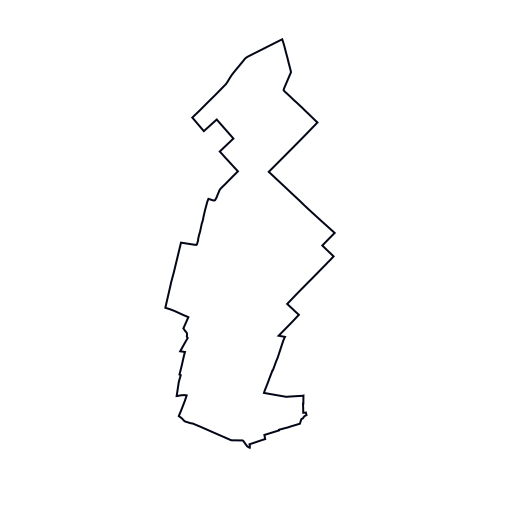 Mitreni, Calarasi, Romania, rotated 318°
{"feature_id": "2599482B76882873077957", "entity_name": "Mitreni", "entity_type": "district", "adm_level": 2, "iso_a3": "ROU", "parent_name": "Romania", "parent_adm1": "Calarasi", "projection": "natural_earth1", "projection_center": [26.636, 44.19], "detail": "fine", "context": "isolated", "style": "outline", "palette": "ink", "viewbox_px": 512, "rotation_deg": 318, "n_neighbors": 0, "source": "geoboundaries", "source_scale": "gbopen_adm2", "svg_char_len": 3308}
<svg xmlns="http://www.w3.org/2000/svg" viewBox="0 0 512 512"><g transform="rotate(318 256 256)"><path d="M188.3,405.7L187.4,405.1L186.7,404.5L186.2,404.1L189.2,400.7L192.1,397.2L192.4,397.4L197.8,391.5L197.5,391.4L187.0,383.0L184.6,381.2L184.1,380.7L176.4,370.9L170.3,363.1L171.5,362.4L172.9,361.6L174.6,360.8L178.6,358.8L182.3,356.9L183.4,356.3L191.8,352.0L192.0,352.2L192.7,351.9L200.6,347.7L203.4,346.4L204.2,346.0L210.8,342.2L215.5,339.5L219.2,337.4L220.8,336.6L221.5,336.3L222.8,335.7L223.4,335.5L219.5,330.4L238.4,329.2L248.5,328.4L247.9,322.1L247.8,320.2L247.4,316.3L247.1,312.5L260.6,311.5L265.1,311.2L277.3,310.5L284.6,310.1L297.1,309.3L300.6,309.1L304.0,308.9L304.5,308.8L307.2,308.7L309.9,308.5L313.4,308.2L312.6,297.4L312.3,292.6L321.1,292.0L329.9,291.5L329.2,284.8L328.0,273.7L326.4,257.5L325.8,250.5L325.6,247.3L325.4,244.0L324.5,234.2L323.7,224.1L322.7,212.6L321.8,202.0L356.9,200.1L373.4,199.1L391.0,197.9L390.7,194.1L390.2,186.7L389.7,180.0L389.5,176.1L389.3,174.3L389.0,170.7L388.8,168.5L388.5,166.0L388.1,160.2L387.7,155.9L387.4,153.3L387.4,152.0L387.5,151.2L388.9,150.3L394.9,147.5L398.6,145.8L400.5,144.9L404.9,142.9L405.0,142.8L405.2,142.5L405.3,142.3L405.5,141.9L405.8,141.5L407.4,138.4L409.3,134.7L412.3,129.1L414.1,125.5L417.8,118.4L419.5,114.7L420.5,112.5L411.8,110.1L404.4,108.1L388.3,103.7L383.4,102.4L381.7,102.1L381.1,102.0L380.0,102.0L371.0,103.4L364.1,104.4L360.5,105.0L359.0,105.3L357.0,105.8L350.7,107.7L348.9,108.1L348.1,108.2L346.2,108.3L333.3,109.1L328.7,109.3L324.1,109.5L311.3,110.2L301.3,110.5L301.1,117.2L300.9,124.0L300.8,128.3L318.1,128.3L317.8,153.6L299.0,154.1L299.0,162.4L299.2,181.0L292.4,181.3L285.8,181.7L281.2,182.0L277.6,182.1L274.5,182.3L273.9,182.4L273.4,182.5L269.3,184.4L265.4,186.3L263.3,187.0L263.0,187.1L262.5,187.0L262.0,186.7L261.7,186.4L261.0,185.4L258.9,181.7L255.7,183.3L253.2,185.0L249.0,187.7L244.4,190.9L240.5,193.8L238.4,195.1L237.3,195.7L231.4,200.0L230.7,200.5L228.7,201.7L226.7,203.0L224.2,204.8L223.4,205.7L219.9,207.8L219.2,207.9L219.0,207.7L217.6,206.2L209.2,195.9L190.5,208.7L184.7,212.7L175.3,218.8L172.4,220.9L158.7,230.5L154.0,233.8L156.6,238.3L158.4,241.8L160.0,245.4L162.2,250.6L164.1,254.6L164.8,256.2L153.6,261.2L153.5,262.2L153.2,264.2L153.2,266.3L153.0,267.0L152.5,267.9L151.9,268.5L150.8,269.4L150.6,269.9L150.4,271.2L144.6,273.1L135.9,276.1L139.0,279.8L136.9,281.1L134.9,282.5L130.2,285.8L127.7,287.6L119.8,292.9L120.3,294.2L114.4,297.9L108.8,302.5L103.3,307.0L104.0,307.5L105.5,308.4L107.0,309.3L107.3,309.5L109.4,311.2L110.7,312.5L111.2,313.2L107.5,315.3L105.7,316.3L97.0,320.7L91.5,323.3L91.7,324.3L91.8,324.7L92.3,327.1L92.3,327.7L92.3,329.7L92.3,330.3L92.4,330.9L92.8,332.0L93.6,333.2L94.0,333.9L95.3,336.2L96.9,338.2L100.4,345.6L105.0,355.8L108.7,364.0L113.9,375.5L114.7,376.8L121.9,383.4L122.6,384.1L122.8,385.0L122.5,387.6L122.1,391.5L122.2,392.0L123.0,394.3L123.7,393.8L124.5,392.8L125.2,391.6L137.5,396.9L140.3,398.2L142.5,394.6L156.4,401.0L156.8,400.5L159.2,401.7L160.2,402.2L161.1,402.7L162.1,403.2L163.3,403.8L163.8,404.1L164.7,404.6L168.2,406.1L169.2,406.6L176.4,410.0L180.3,407.7L180.6,407.6L180.9,407.7L181.3,407.7L181.5,407.9L181.9,408.0L182.6,408.0L183.1,407.8L183.8,407.6L184.3,407.5L184.7,407.5L185.9,407.7L187.1,408.0L187.7,406.8L188.3,405.7Z" fill="none" stroke="#020617" stroke-width="2"/></g></svg>